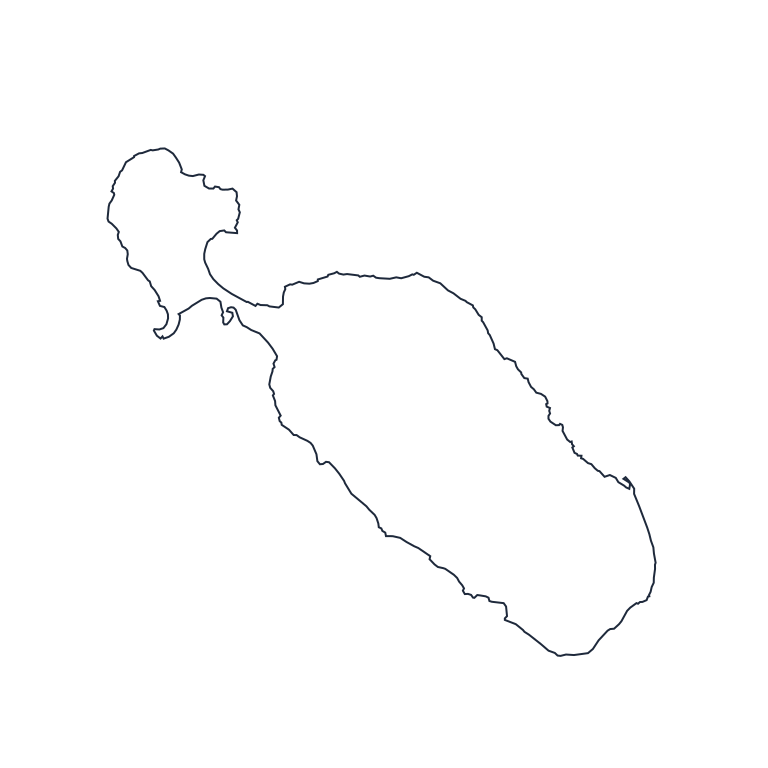 Rotuma, Rotuma, Fiji, rotated 39°
{"feature_id": "14151628B71764118664060", "entity_name": "Rotuma", "entity_type": "district", "adm_level": 2, "iso_a3": "FJI", "parent_name": "Fiji", "parent_adm1": "Rotuma", "projection": "mercator", "projection_center": [177.068, -12.502], "detail": "fine", "context": "isolated", "style": "outline", "palette": "slate", "viewbox_px": 768, "rotation_deg": 39, "n_neighbors": 0, "source": "geoboundaries", "source_scale": "gbopen_adm2", "svg_char_len": 4913}
<svg xmlns="http://www.w3.org/2000/svg" viewBox="0 0 768 768"><g transform="rotate(39 384 384)"><path d="M405.2,268.3L403.6,267.0L396.8,268.3L395.0,268.1L389.9,269.6L380.9,269.8L374.8,271.0L364.4,270.3L357.2,272.8L351.6,273.0L347.8,275.3L339.5,276.9L338.4,280.4L337.0,281.0L335.4,284.6L330.8,291.0L326.4,293.4L322.3,298.6L313.8,304.7L310.9,306.4L307.5,306.6L305.6,309.2L300.6,312.0L297.7,315.9L295.7,315.8L286.1,321.8L283.6,324.5L279.6,326.5L276.8,326.5L275.6,329.3L272.0,334.2L272.5,336.0L266.8,344.4L267.8,345.7L265.6,349.9L262.9,353.0L258.5,356.1L253.7,358.0L250.2,364.5L248.3,365.7L245.8,370.8L247.6,372.4L248.5,375.9L250.5,379.6L255.2,385.6L254.1,390.8L246.1,395.8L243.8,396.2L238.4,400.3L235.1,401.3L235.0,404.2L226.5,405.8L225.7,406.7L209.0,409.8L198.9,410.8L192.3,410.7L185.4,409.9L179.7,408.2L174.9,405.2L168.6,402.2L165.8,400.2L162.4,396.0L160.2,391.7L157.5,384.8L158.1,380.3L159.2,379.2L159.3,372.6L160.1,368.6L163.2,365.2L165.7,365.5L174.9,359.2L173.2,357.2L169.8,356.4L168.6,350.4L166.5,349.4L166.7,347.4L163.9,341.3L161.0,339.9L158.8,335.8L153.6,334.5L151.6,330.6L148.7,327.7L143.3,327.5L140.3,331.2L136.2,334.6L134.2,335.5L131.9,334.9L128.4,336.9L128.4,339.5L125.0,342.2L119.7,343.0L115.4,339.4L114.1,335.1L112.0,335.1L108.3,337.7L104.6,342.7L101.2,344.9L97.4,346.3L93.0,347.1L91.8,344.5L85.5,340.9L79.8,339.0L75.1,337.7L69.5,338.1L65.4,338.9L62.0,341.9L61.0,343.8L57.2,348.0L55.4,348.9L50.8,356.6L48.5,358.9L46.3,364.1L47.0,365.0L43.9,374.0L46.0,382.8L45.4,385.2L47.0,389.6L47.0,395.5L48.3,396.9L48.7,401.0L50.5,402.7L51.0,405.8L53.9,405.6L55.3,406.7L56.9,412.7L57.1,416.6L58.5,419.5L65.1,429.5L67.7,431.1L71.6,430.8L78.1,431.5L82.2,432.7L83.3,435.7L86.1,438.5L89.4,439.0L94.1,441.8L97.3,441.2L100.5,441.8L103.2,444.4L105.5,448.5L107.3,450.1L110.5,452.3L114.5,452.9L123.4,449.4L126.4,449.6L135.4,451.9L137.4,451.7L141.5,454.5L146.6,455.3L153.6,457.7L157.6,460.3L156.2,462.0L160.7,464.3L164.9,462.4L168.9,463.8L172.2,465.8L174.9,468.9L177.3,474.5L177.4,479.4L175.1,483.0L171.1,485.8L171.5,487.3L177.1,489.4L181.7,489.3L181.9,486.4L184.2,487.4L187.1,482.7L188.7,476.9L188.4,472.4L187.0,467.1L184.8,462.4L182.3,459.2L180.4,458.9L184.7,448.3L185.5,444.1L189.3,433.3L191.7,429.5L194.5,426.8L200.2,423.0L205.1,423.0L209.6,427.0L213.8,429.5L214.6,432.8L217.4,433.5L220.3,437.4L222.4,438.2L224.4,436.4L224.7,432.1L224.0,426.5L221.3,424.1L216.2,426.3L215.1,423.2L216.8,420.6L219.0,419.3L222.0,419.6L231.5,425.4L237.4,427.3L241.5,426.2L246.9,425.6L255.5,423.0L267.8,424.8L275.3,426.7L283.4,429.7L285.2,432.8L284.6,434.1L285.3,437.7L288.3,439.7L288.0,442.3L289.4,444.4L291.3,449.5L295.1,456.5L298.0,458.6L302.4,459.3L304.8,460.9L304.8,462.8L310.1,465.8L313.0,468.9L323.6,473.6L323.5,476.4L326.3,478.5L328.5,478.6L330.2,480.1L338.9,479.3L345.9,480.5L348.2,478.7L352.0,478.5L360.2,476.4L364.0,476.0L367.4,476.7L375.7,481.1L380.8,485.9L384.7,486.7L386.9,484.6L387.9,481.0L390.5,479.4L398.9,480.4L405.7,481.9L413.9,484.4L416.2,485.7L427.7,489.8L447.3,490.1L451.7,491.0L459.1,491.6L462.6,492.9L467.4,496.0L470.1,498.6L472.8,497.9L475.2,499.2L478.5,498.7L481.3,501.0L486.5,496.8L493.4,493.4L501.0,492.6L509.5,491.1L513.8,489.9L528.3,488.7L529.7,491.5L536.8,492.4L541.0,492.3L546.0,489.8L547.9,489.1L558.4,488.3L562.9,488.7L566.7,490.3L571.5,491.2L574.8,492.5L575.4,495.0L579.0,496.4L581.3,494.3L584.4,493.1L587.6,494.0L588.8,493.3L589.3,489.3L591.6,487.9L596.7,485.0L599.7,484.3L602.5,486.3L604.8,485.4L614.9,479.0L618.9,480.1L625.7,487.0L625.4,490.1L626.4,491.3L637.6,487.7L646.8,487.7L649.1,488.2L654.3,487.6L669.7,487.4L679.7,487.7L686.0,485.5L689.8,485.8L692.3,484.2L695.7,479.7L702.2,475.1L711.9,464.8L713.1,458.5L712.1,448.1L713.0,435.0L714.0,432.1L716.8,429.4L717.8,422.8L717.8,418.9L715.7,407.3L716.1,402.8L718.1,395.4L719.7,394.9L720.1,392.4L722.0,390.7L724.1,386.7L722.9,383.1L723.8,382.0L722.7,381.1L722.0,377.8L719.8,373.3L718.7,368.7L715.6,364.7L711.0,357.1L708.3,353.9L707.6,352.0L700.5,345.9L696.1,341.4L690.1,337.8L684.7,333.7L679.0,330.0L659.2,318.4L647.5,312.0L644.3,307.9L636.0,305.3L630.4,304.4L629.8,307.0L636.8,306.2L638.4,307.2L640.6,311.1L637.3,312.0L634.5,311.9L627.9,312.8L623.2,311.1L616.8,312.6L613.8,317.3L606.3,316.1L604.7,316.9L600.8,316.8L595.6,315.8L592.3,317.1L585.9,316.9L583.9,317.7L582.6,315.5L579.6,317.7L578.0,316.9L575.4,317.6L570.3,314.8L570.7,312.9L568.1,312.5L566.0,310.6L565.2,311.9L561.3,311.9L552.3,308.1L550.3,305.0L548.3,303.6L545.9,304.2L545.9,305.8L543.5,307.9L537.0,308.5L533.7,307.5L531.9,305.3L531.6,302.4L529.3,300.9L528.1,298.2L524.7,299.2L522.7,297.6L523.3,296.2L521.8,294.5L517.2,292.4L512.2,292.9L507.8,294.9L503.8,293.8L500.1,293.7L495.2,291.6L492.3,289.4L489.3,291.1L484.5,289.8L483.3,288.7L478.9,288.3L475.6,287.0L471.9,284.3L463.3,286.7L461.9,288.9L450.8,286.4L448.3,287.1L443.7,283.6L435.4,279.4L433.0,279.0L430.8,277.1L422.2,273.6L420.1,273.3L417.9,270.6L414.1,270.7L407.9,268.5L405.2,268.3Z" fill="none" stroke="#1e293b" stroke-width="2"/></g></svg>